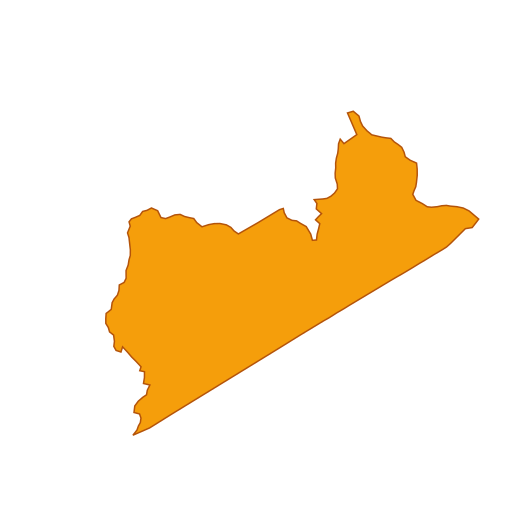 Siderópolis, Santa Catarina, Brazil (Albers equal-area conic projection), rotated 325°
{"feature_id": "56859067B27170583635487", "entity_name": "Siderópolis", "entity_type": "district", "adm_level": 2, "iso_a3": "BRA", "parent_name": "Brazil", "parent_adm1": "Santa Catarina", "projection": "albers", "projection_center": [-49.514, -28.569], "detail": "fine", "context": "isolated", "style": "filled", "palette": "amber", "viewbox_px": 512, "rotation_deg": 325, "n_neighbors": 0, "source": "geoboundaries", "source_scale": "gbopen_adm2", "svg_char_len": 2201}
<svg xmlns="http://www.w3.org/2000/svg" viewBox="0 0 512 512"><g transform="rotate(325 256 256)"><path d="M52.4,332.2L70.2,335.8L95.3,337.1L221.4,344.7L246.9,346.1L274.4,347.9L280.3,348.5L289.7,348.9L298.0,349.6L304.0,349.9L352.2,353.3L359.6,353.9L364.7,354.4L376.9,355.3L385.7,355.8L391.8,356.3L402.5,356.9L412.3,357.7L417.3,357.9L423.1,357.2L443.2,353.7L449.4,356.7L455.3,354.9L459.6,353.5L458.0,347.4L456.4,341.3L453.3,335.6L448.8,330.8L443.8,326.6L441.0,323.8L437.0,321.4L432.8,319.6L427.7,316.7L424.5,313.9L422.3,308.5L419.0,302.2L419.8,295.4L423.0,293.1L426.6,290.9L429.7,287.7L434.4,282.3L437.9,277.2L440.8,272.0L437.2,266.0L435.2,260.3L436.8,255.9L437.7,250.6L436.3,246.0L434.7,241.9L433.9,237.0L430.4,233.9L427.1,230.7L423.6,226.8L420.3,223.1L418.7,217.1L417.9,210.7L418.7,205.8L420.6,200.4L418.7,193.2L413.0,191.3L408.2,214.4L392.5,214.4L392.0,208.6L388.0,211.4L384.7,215.6L381.9,218.7L378.0,221.9L374.5,225.6L371.8,229.6L368.3,233.6L365.7,237.6L363.8,243.7L361.3,247.7L356.4,249.5L351.7,250.0L347.2,249.5L343.6,247.7L336.0,243.2L336.0,247.9L332.4,252.0L334.0,258.9L329.7,259.6L325.5,260.5L326.8,266.1L323.1,269.4L318.6,273.2L314.7,277.6L311.2,275.5L313.4,269.4L314.0,260.7L311.2,254.9L309.4,250.5L305.9,247.4L303.2,242.5L303.9,236.8L305.6,232.7L301.8,231.5L276.4,229.8L254.2,227.8L252.4,223.0L251.8,218.1L249.6,213.5L245.1,208.7L240.3,205.5L235.3,203.2L228.5,201.1L226.6,194.7L226.5,189.6L223.6,186.6L220.1,182.6L217.7,178.4L213.1,175.8L207.6,174.6L203.4,173.5L200.2,170.0L201.4,162.5L197.9,156.7L193.0,156.1L188.7,154.5L184.1,156.1L179.2,155.1L175.3,154.1L171.6,155.2L170.1,159.4L164.0,163.4L162.5,168.1L160.2,172.3L156.6,178.9L153.3,183.5L149.8,186.3L146.1,190.1L141.2,193.4L136.8,199.8L132.8,202.0L127.4,201.3L124.0,205.6L120.0,208.6L115.2,209.8L111.4,211.7L106.8,216.7L100.3,217.1L97.0,221.2L94.3,225.1L94.0,229.9L92.5,234.2L94.0,239.1L91.1,244.7L87.7,248.5L87.2,253.1L90.3,257.2L94.6,253.9L95.6,260.9L96.2,267.4L97.3,273.5L98.3,280.8L95.0,283.3L98.3,286.8L94.8,291.7L90.7,295.9L95.1,300.8L90.0,303.6L86.7,306.9L82.1,306.8L76.3,307.4L70.7,309.3L66.3,314.2L70.0,318.6L68.8,322.8L65.7,326.1L62.2,327.8L58.7,330.3L52.4,332.2Z" fill="#f59e0b" stroke="#b45309" stroke-width="1.5"/></g></svg>